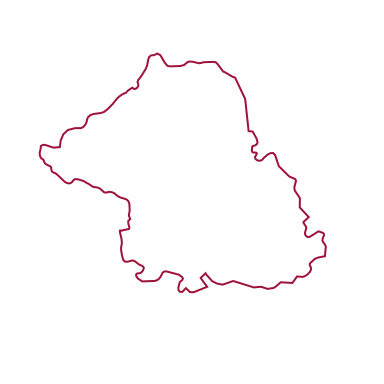 the Autonomous Community of Salamanca, rotated 54°
{"feature_id": "ESP-5841", "entity_name": "Salamanca", "entity_type": "Autonomous Community", "adm_level": 1, "iso_a3": "ESP", "parent_name": "Spain", "parent_adm1": "", "projection": "albers", "projection_center": [-6.114, 40.774], "detail": "fine", "context": "isolated", "style": "outline", "palette": "rose", "viewbox_px": 384, "rotation_deg": 54, "n_neighbors": 0, "source": "natural_earth", "source_scale": "10m", "svg_char_len": 3379}
<svg xmlns="http://www.w3.org/2000/svg" viewBox="0 0 384 384"><g transform="rotate(54 192 192)"><path d="M66.0,287.3L66.1,285.7L66.7,284.2L67.6,283.1L74.0,278.5L75.3,277.1L78.0,272.5L73.0,267.8L69.7,262.2L68.9,255.9L71.6,249.1L75.1,244.2L75.5,241.9L74.8,238.6L73.2,235.9L71.6,234.2L70.4,232.2L70.1,228.8L71.0,225.8L74.4,219.6L75.5,216.3L75.5,213.9L75.2,210.5L74.1,204.0L72.3,197.7L72.0,194.9L72.0,191.2L72.3,189.3L72.7,188.2L72.9,187.2L72.4,185.1L72.3,183.8L72.5,179.0L74.9,178.2L75.5,175.8L74.8,173.2L73.2,172.1L71.1,171.5L69.9,169.9L68.7,165.8L65.6,157.9L63.6,154.4L59.1,149.5L57.6,147.3L57.4,144.9L58.9,142.3L59.6,138.7L62.6,137.2L71.6,138.0L75.6,137.7L77.6,135.7L83.4,127.1L84.6,123.6L84.3,118.9L84.9,117.5L86.8,115.1L91.9,110.7L92.8,109.1L93.9,106.2L99.1,98.5L100.8,96.6L103.4,96.1L112.9,96.0L114.2,95.1L122.7,91.4L124.7,89.9L148.0,94.3L176.0,110.4L178.8,107.4L186.5,108.3L190.2,109.7L191.0,110.6L191.4,111.8L191.4,113.4L190.6,115.9L190.7,116.6L193.6,119.2L194.8,119.7L195.9,119.4L197.6,117.3L198.2,116.8L199.1,117.0L199.7,118.1L200.2,119.4L200.7,120.5L202.5,121.2L204.5,120.7L206.3,119.2L207.2,117.1L207.1,115.9L206.6,113.6L206.2,108.8L206.7,105.6L208.1,103.5L210.8,103.0L222.2,106.6L236.6,104.2L242.2,100.9L244.0,101.2L248.4,106.5L251.2,108.0L260.3,108.3L267.9,113.9L280.9,112.3L281.8,119.5L282.5,119.9L287.5,120.2L288.5,120.9L291.2,124.4L292.4,125.2L293.7,125.6L295.3,125.4L296.5,124.8L297.2,123.9L297.5,122.6L298.2,112.8L302.0,110.1L303.3,109.9L304.6,110.7L306.6,113.8L307.8,114.9L309.5,115.4L313.0,115.3L314.8,115.8L322.1,122.2L319.2,128.4L318.3,131.7L319.0,138.0L319.4,139.0L320.3,139.7L323.4,140.3L324.3,140.9L325.3,142.2L326.0,143.8L326.6,147.3L326.4,150.5L325.5,152.7L322.1,156.6L324.6,164.2L317.2,173.3L317.8,180.6L317.4,182.8L314.8,187.8L309.3,191.8L305.5,198.1L288.2,211.0L285.0,221.6L280.9,225.5L276.0,228.1L266.6,229.0L265.7,228.8L266.6,235.5L277.6,235.5L274.3,248.7L273.2,250.9L271.6,252.5L266.2,253.4L267.1,258.6L265.5,260.5L263.4,260.6L261.2,259.1L257.7,254.9L257.4,251.3L256.6,250.2L255.1,250.0L251.2,251.2L240.9,259.6L239.9,261.6L240.1,263.4L242.1,267.1L242.8,269.8L242.8,272.3L242.0,274.5L235.1,284.8L230.0,286.7L226.8,286.4L225.9,285.5L225.6,284.5L226.9,282.1L227.3,280.8L227.1,279.2L226.6,277.6L225.1,275.6L223.8,275.4L222.4,275.8L219.4,277.5L214.4,278.9L213.4,279.6L212.4,280.4L211.8,281.6L211.4,282.9L210.9,284.3L210.2,285.7L209.2,286.8L207.9,287.5L205.9,287.3L202.1,285.9L196.8,283.2L194.8,281.6L193.5,280.1L191.6,278.4L188.3,276.5L183.2,274.4L181.2,273.4L180.8,272.7L181.7,272.0L182.2,271.2L182.5,269.7L182.8,269.0L183.4,268.2L183.8,267.4L183.9,266.6L184.8,265.2L184.8,264.4L183.9,263.5L180.9,262.4L179.1,261.5L177.9,260.4L177.8,259.2L177.6,257.9L174.7,257.2L173.4,256.5L171.0,253.9L169.5,252.7L164.5,249.5L162.0,248.9L160.1,249.1L158.7,249.9L153.7,253.6L151.9,254.4L150.0,255.0L147.4,255.5L145.9,256.4L144.6,257.4L143.5,258.5L142.8,259.7L142.3,261.1L141.6,262.4L140.1,263.4L135.7,264.3L134.2,264.9L132.9,265.7L129.8,269.0L124.3,271.0L123.2,271.7L120.2,272.9L119.0,273.5L114.4,277.1L113.5,278.2L112.7,279.5L112.7,280.8L113.5,283.5L113.4,284.8L113.0,286.1L112.1,287.2L110.8,288.1L108.7,289.0L98.4,290.9L96.4,291.6L95.1,292.5L93.4,293.2L91.9,293.0L89.1,291.4L87.9,291.6L83.1,294.1L80.3,293.8L79.2,293.3L77.8,293.5L76.3,294.1L74.8,294.1L73.4,293.7L71.9,293.0L70.5,291.9L67.8,288.8L66.0,287.3Z" fill="none" stroke="#9f1239" stroke-width="2"/></g></svg>